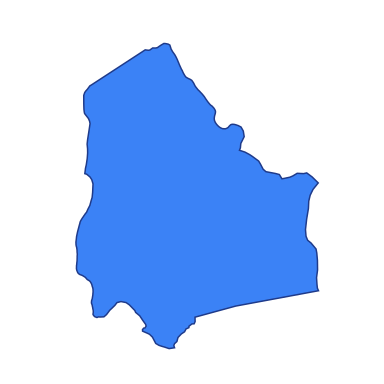 Coolie Town, Laborie, Saint Lucia, rotated 351°
{"feature_id": "8701671B72346500642507", "entity_name": "Coolie Town", "entity_type": "district", "adm_level": 2, "iso_a3": "LCA", "parent_name": "Saint Lucia", "parent_adm1": "Laborie", "projection": "mercator", "projection_center": [-60.967, 13.77], "detail": "fine", "context": "isolated", "style": "filled", "palette": "blue", "viewbox_px": 384, "rotation_deg": 351, "n_neighbors": 0, "source": "geoboundaries", "source_scale": "gbopen_adm2", "svg_char_len": 3568}
<svg xmlns="http://www.w3.org/2000/svg" viewBox="0 0 384 384"><g transform="rotate(351 192 192)"><path d="M76.4,299.9L78.5,301.1L80.1,300.7L81.6,301.1L85.5,301.5L88.4,299.7L92.3,295.9L94.4,294.5L98.1,291.9L100.6,289.5L104.7,289.1L109.6,290.9L112.5,293.7L117.0,300.1L117.5,302.1L121.0,306.1L123.2,310.9L125.5,315.5L125.7,317.3L124.3,318.9L123.0,318.9L121.6,320.1L121.4,321.7L126.1,324.7L127.8,325.9L130.2,329.1L132.5,335.9L135.4,338.3L138.5,339.9L140.7,340.9L144.9,343.1L147.1,343.1L150.4,343.1L150.0,340.9L151.0,339.1L153.7,337.3L155.4,333.5L159.3,330.5L162.8,328.9L164.7,326.3L167.7,325.5L168.0,324.1L171.3,322.3L173.5,322.5L174.8,320.5L175.4,316.1L217.3,311.5L301.5,309.3L300.8,306.6L301.0,302.6L301.6,296.1L303.8,288.7L305.2,279.1L305.7,271.8L305.6,267.7L301.6,261.0L298.7,257.8L297.7,253.6L298.2,246.9L301.0,236.7L304.4,226.5L305.9,219.3L308.2,213.7L311.9,208.4L317.3,203.5L318.1,202.8L313.0,195.9L308.3,191.1L305.1,191.3L298.8,190.0L294.1,191.9L291.0,192.7L285.0,193.0L282.9,193.0L281.0,188.4L277.4,186.8L268.2,183.5L265.8,180.6L264.0,175.2L262.7,171.9L257.4,166.5L254.8,164.1L250.6,160.9L245.4,158.2L246.7,156.0L247.8,151.7L252.2,145.5L252.2,139.8L250.6,135.5L248.0,133.6L246.8,133.0L245.9,132.5L244.5,131.9L243.4,131.6L242.1,131.4L240.8,131.6L239.4,132.5L237.8,133.9L236.3,134.5L234.8,134.8L233.4,134.5L232.0,134.2L230.9,133.5L229.8,132.7L228.7,131.6L227.8,130.4L227.0,129.2L226.3,127.8L225.9,126.9L225.6,125.7L225.4,124.9L225.4,123.5L225.5,122.7L225.9,121.3L226.2,120.4L226.7,119.3L227.0,118.7L227.5,117.5L227.8,116.1L227.8,115.7L227.6,114.7L227.2,113.6L226.6,112.3L225.1,110.1L224.0,109.1L223.1,107.8L222.3,106.4L221.5,105.0L220.8,103.5L220.1,102.1L219.1,99.8L218.2,98.2L217.1,96.4L216.1,95.0L215.2,93.6L214.3,92.5L213.7,91.6L213.1,90.5L212.4,89.3L211.7,87.9L211.4,87.1L210.9,85.4L210.5,84.3L209.7,82.6L209.3,81.8L208.5,81.0L207.5,80.2L206.1,79.3L205.2,78.6L204.1,77.7L203.5,76.7L203.1,75.9L202.6,74.6L202.1,73.3L201.6,71.6L201.4,70.6L200.7,68.9L200.2,67.0L199.5,64.5L199.0,62.3L198.6,60.8L198.2,59.0L197.7,57.3L197.3,56.0L196.9,54.9L196.5,53.8L196.0,52.8L195.3,51.4L194.7,50.2L194.3,49.0L193.7,47.5L193.5,45.9L193.1,43.4L191.6,42.2L188.9,41.2L187.4,40.9L184.1,42.2L181.8,43.3L180.4,44.0L178.7,44.1L175.7,43.6L172.5,45.2L171.1,45.2L168.0,44.3L111.0,69.8L109.2,70.6L107.7,71.2L104.8,74.1L102.7,75.8L101.6,77.0L100.2,79.6L98.9,88.0L98.2,93.5L98.1,96.2L98.2,97.7L98.9,99.0L101.2,103.2L101.9,106.0L102.0,108.5L99.8,115.5L97.1,123.9L95.9,128.3L95.6,133.1L95.0,137.2L93.7,142.7L91.8,148.7L90.5,151.9L89.8,154.4L89.0,157.1L90.8,158.0L93.6,161.2L94.9,164.1L95.5,168.5L93.8,176.8L92.5,181.8L91.2,184.4L89.0,189.3L86.5,192.7L84.7,195.5L83.2,196.8L82.7,197.4L81.6,198.5L80.5,199.7L79.9,200.3L79.0,201.3L78.4,202.0L77.9,202.6L77.3,203.4L76.8,204.2L76.2,205.7L75.9,206.3L72.8,213.3L71.0,218.0L70.4,220.3L69.7,222.7L69.5,223.5L69.2,226.0L69.2,227.2L69.4,228.7L69.4,230.4L69.3,232.0L69.1,233.3L69.0,235.4L68.5,237.6L68.3,238.9L68.1,239.9L67.7,242.1L67.2,243.8L66.8,245.5L66.4,246.7L66.1,248.5L65.9,249.4L65.9,250.7L66.0,251.5L66.3,252.8L66.5,253.7L67.1,254.8L68.1,255.8L68.7,256.2L69.9,256.8L70.9,257.5L72.3,258.7L73.4,259.7L73.9,260.6L74.8,262.0L75.7,262.8L76.7,263.6L77.4,264.5L77.6,264.9L78.1,266.2L78.4,267.0L78.6,268.3L78.7,269.4L78.8,270.2L79.0,271.2L79.0,272.7L78.9,273.3L78.8,274.5L78.5,275.9L78.2,277.0L78.0,278.0L77.4,279.8L76.8,281.7L76.3,282.7L75.8,283.7L75.5,285.0L75.3,285.9L75.5,287.0L75.7,288.1L75.7,289.1L75.8,290.5L75.8,291.9L75.9,293.5L75.7,295.3L75.3,296.5L75.1,297.6L75.7,298.9L76.4,299.9Z" fill="#3b82f6" stroke="#1e3a8a" stroke-width="1.5"/></g></svg>